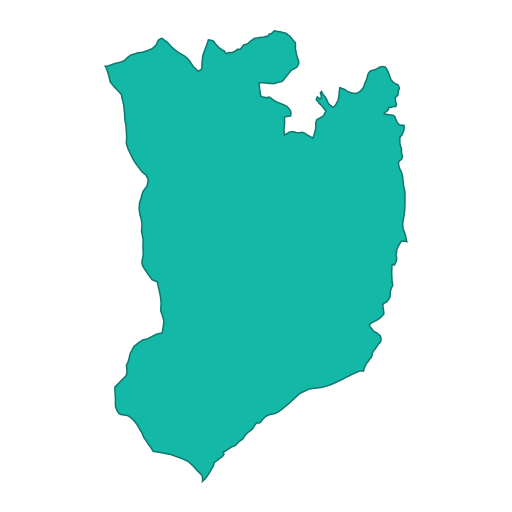 Gem, Nyanza, Kenya (Equal Earth projection)
{"feature_id": "3690345B53081703212176", "entity_name": "Gem", "entity_type": "district", "adm_level": 2, "iso_a3": "KEN", "parent_name": "Kenya", "parent_adm1": "Nyanza", "projection": "equal_earth", "projection_center": [34.475, 0.041], "detail": "fine", "context": "isolated", "style": "filled", "palette": "teal", "viewbox_px": 512, "rotation_deg": 0, "n_neighbors": 0, "source": "geoboundaries", "source_scale": "gbopen_adm2", "svg_char_len": 5956}
<svg xmlns="http://www.w3.org/2000/svg" viewBox="0 0 512 512"><path d="M114.8,387.1L115.1,393.1L115.4,398.2L115.4,403.7L115.5,406.5L117.0,410.5L119.0,413.7L121.5,414.7L123.4,414.9L127.3,415.5L130.3,417.2L134.3,421.0L137.1,424.7L139.9,429.5L142.1,433.2L143.7,437.2L149.3,445.5L151.2,448.1L153.3,451.5L155.7,451.7L159.8,452.4L170.7,454.5L182.1,458.6L188.4,461.6L193.4,466.3L197.5,470.9L202.0,475.3L202.7,479.7L202.5,481.3L205.2,478.7L206.4,477.2L208.6,474.0L211.7,468.9L213.3,465.9L213.9,464.4L214.1,462.7L219.7,458.4L222.5,456.4L224.0,454.1L223.2,452.4L232.1,446.7L233.6,446.3L235.3,445.5L236.3,444.5L238.3,442.2L239.9,441.0L242.8,438.9L244.0,437.2L245.2,435.2L248.3,432.1L251.5,429.8L252.6,428.7L254.9,425.1L256.3,423.4L257.8,422.8L259.1,423.1L261.0,421.7L262.0,420.3L263.1,418.9L265.1,417.0L266.5,416.0L268.7,415.0L270.1,414.5L274.7,413.6L276.1,413.0L278.4,411.8L281.2,409.8L288.9,403.5L299.1,394.0L300.4,393.2L308.2,389.4L309.6,388.9L321.7,387.4L326.0,386.2L330.2,384.9L331.5,384.4L334.8,382.9L343.9,378.6L345.3,377.6L348.6,376.2L351.9,374.3L353.3,373.8L359.2,371.1L360.4,370.9L363.5,371.1L364.0,368.6L365.8,364.8L367.4,362.1L368.4,361.3L369.3,359.5L370.7,358.2L371.9,355.9L372.2,354.0L372.8,352.2L373.7,350.5L375.0,349.2L378.6,343.9L380.0,342.6L380.9,340.9L381.0,339.2L380.9,337.6L380.3,335.9L378.5,334.3L376.9,332.9L373.7,331.3L369.8,326.3L369.4,324.8L370.3,323.8L372.9,322.1L377.1,320.0L378.8,318.9L380.0,318.0L381.6,316.5L383.9,313.9L383.4,309.0L382.9,306.3L382.9,304.5L384.1,303.2L385.4,302.6L386.8,301.7L388.0,300.3L389.1,298.7L390.1,296.5L390.2,293.5L390.3,291.6L391.6,287.2L392.5,286.2L392.8,284.7L392.2,282.3L391.8,276.7L391.7,271.4L391.8,269.6L391.9,266.1L392.5,264.5L394.3,265.1L395.2,263.5L396.1,261.7L396.5,260.1L396.7,257.8L395.8,254.0L396.7,252.7L396.5,250.9L397.2,248.6L397.9,247.0L399.7,243.7L401.5,241.2L403.5,241.1L405.1,241.3L406.8,241.7L406.0,238.0L405.1,234.0L403.8,230.7L403.0,228.1L402.7,223.9L402.9,221.6L404.2,214.7L404.5,212.3L404.9,206.2L405.0,199.3L404.9,191.8L404.2,188.3L403.6,186.2L403.2,182.1L402.7,178.2L402.5,176.3L402.2,174.5L401.4,171.9L399.5,168.3L398.8,165.5L398.4,162.7L399.5,160.8L400.7,160.0L402.0,158.5L402.5,156.1L401.8,154.2L401.4,152.2L401.6,149.5L400.6,146.2L400.0,144.1L399.8,139.2L400.1,136.9L401.8,135.2L403.8,130.5L404.1,128.1L404.1,125.5L402.9,125.2L401.3,125.3L399.5,125.1L397.4,122.7L395.6,119.0L394.9,116.7L393.3,115.4L391.7,115.0L389.0,114.8L387.2,114.4L385.5,114.3L384.1,113.9L385.2,112.3L387.3,110.8L388.4,109.5L388.6,107.4L390.9,107.4L392.2,107.0L393.4,106.3L394.6,106.6L395.8,106.5L396.5,104.5L395.9,102.5L395.4,100.2L395.2,98.0L396.4,96.3L397.8,95.4L398.1,93.8L398.1,92.1L398.7,89.9L399.4,88.6L398.9,86.7L397.9,84.6L396.1,84.1L393.4,82.4L390.9,79.6L388.2,72.1L387.4,70.3L385.5,67.2L383.6,66.6L381.5,66.7L379.6,67.1L375.9,69.4L372.4,70.3L371.3,70.7L369.9,71.4L368.7,72.9L367.9,74.4L367.0,78.1L366.2,80.6L365.2,82.3L363.9,86.3L363.0,88.0L361.6,89.9L360.0,91.4L357.1,93.2L355.4,93.4L353.9,93.3L352.0,93.1L350.0,92.4L347.2,91.3L344.6,89.4L339.9,87.6L339.5,89.5L338.7,97.1L338.4,99.3L337.6,101.2L335.4,105.2L334.0,106.6L332.5,107.2L330.7,105.5L329.7,104.8L328.7,103.9L327.6,101.8L326.2,98.5L324.8,96.4L323.3,94.8L322.3,93.2L321.6,91.5L320.4,92.6L321.1,95.3L321.3,98.1L319.8,98.9L318.6,97.8L317.4,96.9L316.7,98.2L316.3,99.9L318.0,101.5L318.8,102.8L319.9,104.0L322.2,106.2L324.2,108.9L326.0,111.1L324.8,113.2L324.2,114.6L322.9,116.2L320.3,117.8L316.9,119.6L315.7,122.7L315.8,124.8L315.8,127.4L315.4,129.9L314.1,134.7L312.8,138.1L306.9,134.7L304.7,133.2L303.4,132.6L302.0,132.3L299.3,132.8L298.1,132.9L296.0,132.6L294.3,131.9L292.0,131.7L290.8,131.8L289.4,132.1L285.5,134.5L284.5,135.3L284.1,131.6L283.9,129.7L284.5,124.3L284.6,122.0L284.5,119.2L284.4,116.9L288.1,116.3L289.4,116.2L290.5,115.9L291.0,113.4L290.4,110.7L289.5,109.3L287.6,107.2L286.4,106.1L282.3,104.2L276.8,102.0L275.7,101.5L271.6,98.7L270.0,97.4L268.7,97.0L267.6,97.6L266.3,97.6L262.6,97.0L261.0,96.4L260.5,94.8L260.2,92.4L259.8,90.2L259.1,82.9L261.7,82.7L262.9,82.8L267.7,83.2L269.3,83.5L270.7,83.4L272.6,83.6L274.5,83.6L277.1,82.6L280.3,81.8L281.9,81.5L283.5,80.0L286.7,75.9L289.6,72.3L291.2,70.5L292.4,69.5L295.1,68.3L296.7,67.2L298.0,65.4L298.8,63.2L298.5,60.3L297.4,57.6L296.5,54.5L295.5,49.3L295.4,47.7L295.5,46.1L295.4,44.4L295.4,42.6L294.2,41.6L293.2,40.5L292.1,38.9L289.5,35.8L287.8,34.8L286.3,33.4L284.6,32.9L282.6,32.5L281.3,32.0L276.2,31.2L274.5,30.7L272.7,32.3L271.5,33.5L269.1,34.2L268.4,35.4L267.5,36.4L266.1,36.3L265.0,36.8L263.4,37.2L260.3,37.4L258.8,37.6L257.0,38.1L254.3,38.4L250.0,41.6L248.1,43.4L246.6,44.2L243.8,44.8L240.4,49.2L238.8,49.3L237.4,49.3L235.5,51.0L233.9,51.6L232.7,52.4L229.7,52.7L228.4,52.5L227.3,53.5L225.6,53.2L224.8,51.5L223.8,50.6L222.7,50.4L221.4,49.2L219.4,48.1L215.2,43.7L213.9,41.5L212.5,40.6L208.4,39.8L206.5,45.7L204.8,49.8L202.8,55.7L202.0,62.8L201.8,69.0L198.3,71.3L193.4,66.7L189.7,61.1L187.0,58.0L184.0,55.7L179.0,52.8L175.4,50.3L171.7,47.1L167.4,42.3L161.7,38.2L158.4,40.1L156.0,45.1L152.3,48.6L147.1,50.7L142.4,52.3L137.7,52.8L134.0,54.1L130.9,55.0L127.7,57.3L124.4,60.5L120.9,62.1L114.1,63.7L107.8,66.1L105.2,66.3L106.0,67.4L107.9,72.7L109.1,76.9L110.2,81.9L114.8,87.5L117.1,89.7L121.4,94.6L122.1,98.4L123.6,104.4L124.5,112.8L124.9,119.9L126.0,125.8L126.7,137.4L126.3,143.2L127.9,148.5L133.0,159.1L134.7,162.0L140.3,169.6L142.0,171.7L143.0,172.7L146.0,175.1L148.3,179.7L147.0,186.1L143.6,190.6L142.9,191.9L142.1,194.1L141.1,198.2L139.5,203.1L139.1,208.5L139.8,214.3L141.4,219.8L142.0,225.2L141.5,231.2L143.2,239.9L142.9,247.4L143.3,252.9L143.2,255.0L142.4,259.4L141.8,262.3L142.5,265.3L143.2,266.9L145.6,270.6L149.1,275.7L152.2,279.8L155.6,281.2L157.2,281.7L158.9,289.2L160.4,296.2L161.1,302.6L160.7,310.7L162.7,316.4L163.9,321.2L163.1,327.4L162.2,332.9L156.3,334.2L147.4,338.9L142.9,339.9L138.6,342.7L133.9,346.5L130.2,353.6L128.5,360.6L126.4,365.6L127.0,370.8L126.5,375.0L124.9,377.0L121.2,380.6L118.4,383.5L114.8,387.1Z" fill="#14b8a6" stroke="#0f766e" stroke-width="1.5"/></svg>